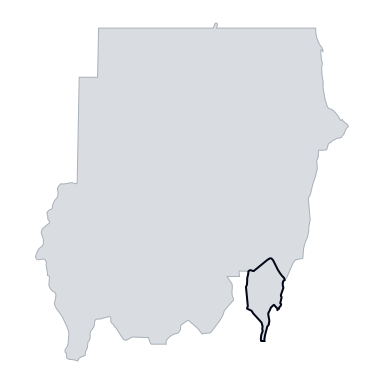 Blue Nile on a map of Sudan (Equal Earth projection)
{"feature_id": "SDN-148", "entity_name": "Blue Nile", "entity_type": "State", "adm_level": 1, "iso_a3": "SDN", "parent_name": "Sudan", "parent_adm1": "", "projection": "equal_earth", "projection_center": [34.239, 11.094], "detail": "fine", "context": "in_parent", "style": "outline", "palette": "ink", "viewbox_px": 384, "rotation_deg": 0, "n_neighbors": 0, "source": "natural_earth", "source_scale": "10m", "svg_char_len": 5277}
<svg xmlns="http://www.w3.org/2000/svg" viewBox="0 0 384 384"><path d="M264.6,340.8L261.1,340.8L260.7,339.7L260.8,336.6L261.2,334.3L262.5,330.7L262.1,328.7L262.3,325.8L261.4,322.6L253.0,313.3L251.4,310.7L246.8,308.3L247.6,305.7L245.8,286.6L246.7,284.5L247.0,281.1L247.0,278.2L248.1,273.3L248.2,271.2L239.3,271.1L239.1,273.2L239.5,275.6L239.5,276.5L227.1,276.6L232.1,284.0L232.3,287.3L232.0,291.4L232.0,294.0L232.3,295.7L233.6,299.1L233.6,299.7L233.2,300.5L224.4,310.5L222.9,315.1L221.7,317.5L219.1,321.6L211.0,332.3L209.7,333.0L203.6,333.4L203.0,333.6L202.5,334.1L202.2,334.0L197.0,327.7L188.1,320.2L182.3,324.1L180.6,325.5L180.6,329.2L179.7,331.0L178.1,333.0L173.8,334.3L171.5,335.4L168.8,337.5L166.2,340.9L166.0,342.7L166.3,344.2L151.3,344.2L150.3,342.9L148.2,337.3L146.7,337.6L133.0,337.0L131.1,337.5L127.2,339.9L125.2,340.2L123.2,339.2L116.1,328.1L114.6,326.7L113.0,324.1L111.5,322.9L110.9,322.1L110.8,320.9L110.9,318.4L110.4,316.9L109.2,316.6L99.6,319.1L98.2,318.9L96.2,319.3L95.5,319.8L94.7,321.2L94.5,324.3L94.2,325.8L93.5,327.5L90.7,331.2L90.1,332.9L90.2,337.0L90.0,339.1L89.5,340.1L88.3,341.7L87.9,342.6L87.3,348.0L85.8,351.2L85.4,352.3L85.3,354.6L85.1,355.4L80.7,357.2L79.1,358.4L78.1,360.2L77.8,361.0L75.9,360.3L73.6,359.8L69.0,359.3L67.2,358.4L66.4,357.2L66.7,353.9L66.2,353.2L65.5,352.7L65.0,351.3L65.1,349.6L67.6,345.9L68.1,343.9L68.8,334.5L68.7,331.7L66.8,326.4L62.6,317.4L61.5,315.6L56.2,308.2L55.6,307.1L54.3,304.0L55.8,297.1L55.9,295.2L55.6,293.2L54.2,291.8L53.0,291.6L51.4,289.8L50.4,288.9L49.5,287.3L48.9,285.0L49.4,277.0L49.1,275.9L47.8,275.6L47.4,275.0L47.5,273.5L46.8,268.9L46.1,265.1L46.5,263.0L45.4,260.1L43.2,258.9L38.9,259.8L37.5,259.7L36.6,259.1L35.9,258.1L35.6,256.8L36.0,255.0L37.3,251.5L38.9,248.7L42.0,246.2L42.9,244.8L43.4,243.3L43.5,241.5L43.3,239.7L43.0,238.0L42.1,235.8L41.3,233.2L41.3,231.5L41.8,230.2L42.6,228.7L45.8,225.7L49.0,223.3L49.6,222.4L49.4,221.4L47.9,219.3L47.6,215.4L46.8,212.6L48.5,210.6L49.7,209.8L51.5,209.2L52.3,208.3L52.5,206.7L52.5,205.1L53.2,203.9L54.1,201.4L54.9,200.3L57.3,197.3L57.9,195.4L58.1,193.6L57.5,188.1L59.0,185.7L60.8,183.8L63.4,184.0L67.4,183.5L70.1,182.7L72.0,182.8L76.4,183.8L76.9,183.4L77.2,181.9L79.2,77.2L97.3,77.3L97.6,77.1L98.6,28.1L212.3,28.1L213.3,27.9L215.1,23.4L215.9,23.0L217.0,23.3L217.4,24.4L216.5,28.1L315.7,28.1L315.9,33.7L316.8,38.1L319.6,44.5L322.1,48.0L322.9,49.9L323.0,50.7L322.9,51.6L322.2,50.6L320.9,50.0L320.8,53.0L321.4,59.1L322.4,63.4L321.7,67.4L321.9,74.2L323.2,82.3L323.0,87.5L325.1,99.6L327.2,106.3L328.3,108.0L329.6,108.8L332.0,109.4L335.6,112.8L338.4,116.5L339.4,118.4L340.8,120.4L341.7,120.1L342.3,119.5L343.2,121.2L347.7,124.8L348.4,126.5L346.8,128.1L345.0,131.0L344.1,133.6L343.6,134.5L342.1,136.1L341.9,136.9L341.2,137.5L340.6,137.5L339.0,138.4L337.7,138.1L336.3,138.6L335.8,139.2L334.7,139.8L333.2,140.1L330.9,142.3L328.9,143.4L328.2,144.3L327.1,148.8L326.4,149.9L323.4,150.1L321.9,150.4L319.9,150.0L318.9,150.0L318.7,151.0L318.3,154.8L318.4,156.4L316.7,160.8L317.3,169.0L315.7,175.1L315.4,176.6L313.8,181.4L313.0,183.2L310.9,192.3L310.1,195.1L308.3,198.1L310.2,220.0L308.8,226.7L308.8,230.4L307.8,235.8L307.0,238.3L305.6,241.4L304.5,244.7L303.5,249.2L302.9,257.7L302.6,258.4L297.2,259.5L295.5,260.1L294.4,261.0L293.0,263.2L290.3,269.2L288.9,272.8L286.6,277.8L284.0,281.3L283.4,283.1L283.0,286.3L282.1,291.3L281.2,295.0L281.3,297.9L280.5,302.9L280.6,305.3L279.7,306.7L278.5,308.0L277.6,308.3L273.9,305.0L271.3,307.3L269.6,310.6L268.3,313.8L269.1,320.8L269.0,322.4L268.6,324.0L266.1,330.9L265.4,334.0L264.6,339.5L264.6,340.8Z" fill="#d9dde1" stroke="#a8b0b8" stroke-width="1"/><path d="M284.7,280.0L284.3,280.2L283.5,280.8L283.3,281.3L283.0,281.9L282.8,282.5L282.7,283.1L282.7,283.6L282.8,284.5L282.8,285.6L282.9,286.1L283.3,287.1L283.3,287.6L283.3,288.1L280.9,295.0L280.9,295.5L281.0,296.2L281.4,296.7L281.6,297.2L281.5,298.0L280.3,302.8L280.3,303.1L280.5,303.5L281.0,304.0L281.1,304.4L281.0,305.2L280.7,305.8L279.7,306.9L279.3,307.3L279.2,307.6L279.2,307.9L279.1,308.4L278.9,308.8L278.7,308.8L278.5,308.7L278.1,308.8L277.9,309.0L277.7,309.8L277.5,310.0L277.3,309.9L277.3,309.5L277.4,308.8L277.2,308.4L277.0,308.1L276.4,307.6L274.2,305.0L273.9,304.9L273.6,305.0L271.4,307.1L271.0,307.5L270.7,308.0L270.0,309.9L268.4,312.9L268.3,313.8L268.3,314.8L269.3,320.4L269.3,321.5L269.1,322.6L269.1,322.8L268.9,323.0L268.8,323.4L268.9,324.0L268.9,324.3L268.4,325.2L267.3,326.5L265.0,335.3L264.4,339.0L264.5,341.0L261.3,341.0L261.2,340.9L261.1,340.7L260.9,339.9L260.9,338.7L261.0,336.8L261.4,334.5L262.6,331.3L262.6,331.0L262.7,330.9L262.7,330.7L262.5,330.1L262.4,329.6L262.3,328.9L262.5,327.2L262.6,326.7L262.5,326.0L262.4,325.6L261.6,322.8L261.3,322.3L257.3,317.9L253.2,313.4L251.7,311.0L251.6,310.9L251.4,310.7L247.2,308.7L247.1,308.2L247.2,307.8L247.7,306.7L247.8,306.4L247.8,305.9L246.9,296.5L246.0,287.2L246.0,286.8L246.1,286.6L246.2,286.4L246.4,286.0L246.6,285.6L246.9,284.9L246.9,284.6L247.2,281.3L247.2,278.4L248.3,273.5L248.4,271.4L248.9,270.9L249.2,270.6L249.6,270.4L250.0,270.3L250.4,270.2L251.0,270.3L253.1,271.0L253.7,271.0L254.0,270.8L267.6,259.7L270.0,258.3L270.6,258.3L271.3,258.5L272.0,259.0L272.6,259.7L273.5,261.0L277.7,269.5L280.0,273.2L282.1,275.9L283.8,277.7L284.0,277.9L284.4,278.8L284.7,280.0L284.7,280.0Z" fill="none" stroke="#020617" stroke-width="2"/></svg>